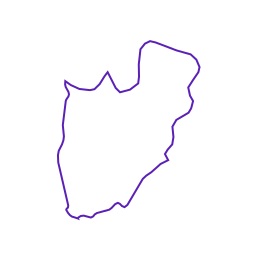 map outline of Bijeljina (Natural Earth projection), rotated 154°
{"feature_id": "BIH-4804", "entity_name": "Bijeljina", "entity_type": "state/province", "adm_level": 1, "iso_a3": "BIH", "parent_name": "Bosnia and Herzegovina", "parent_adm1": "", "projection": "natural_earth1", "projection_center": [19.107, 44.733], "detail": "fine", "context": "isolated", "style": "outline", "palette": "violet", "viewbox_px": 256, "rotation_deg": 154, "n_neighbors": 0, "source": "natural_earth", "source_scale": "10m", "svg_char_len": 1092}
<svg xmlns="http://www.w3.org/2000/svg" viewBox="0 0 256 256"><g transform="rotate(154 128 128)"><path d="M106.0,81.5L114.5,81.4L117.6,80.5L126.6,78.0L132.4,77.2L137.0,75.8L162.3,59.1L165.8,58.4L167.6,60.5L168.6,63.5L170.0,65.2L172.9,65.2L177.9,63.3L180.7,62.8L193.2,65.2L195.8,64.9L198.1,63.8L200.6,63.8L206.3,68.7L209.1,69.6L211.9,69.3L212.7,68.9L212.7,68.6L213.8,69.7L215.5,71.4L217.1,72.8L218.3,74.9L219.1,77.8L219.4,81.5L218.4,82.4L216.9,82.8L215.7,84.5L205.8,127.6L202.9,134.2L200.2,137.9L194.5,142.2L191.5,145.2L189.3,148.5L185.3,159.2L172.0,179.7L170.7,180.8L167.7,182.5L166.3,184.1L165.7,186.5L166.0,192.2L165.4,194.8L163.8,197.6L160.6,191.7L154.6,184.4L145.6,178.7L141.1,177.6L134.2,179.9L126.4,184.8L121.8,187.1L121.5,169.3L119.5,163.6L109.4,161.6L99.3,163.6L95.6,169.3L90.4,180.5L82.3,193.3L75.8,196.4L70.1,196.4L65.7,192.8L50.3,176.4L39.4,166.7L36.6,159.5L37.0,151.4L40.3,147.3L48.4,142.7L56.1,138.0L58.1,129.9L57.7,123.7L62.6,118.0L66.9,115.2L81.0,114.1L87.5,109.7L91.1,100.0L95.4,93.9L101.8,91.2L106.2,88.4L106.0,81.5Z" fill="none" stroke="#5b21b6" stroke-width="2"/></g></svg>